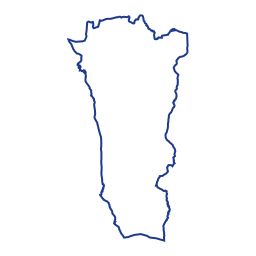 Mpanda, Katavi, United Republic of Tanzania
{"feature_id": "72390352B28587760392267", "entity_name": "Mpanda", "entity_type": "district", "adm_level": 2, "iso_a3": "TZA", "parent_name": "United Republic of Tanzania", "parent_adm1": "Katavi", "projection": "equal_earth", "projection_center": [30.595, -6.035], "detail": "fine", "context": "isolated", "style": "outline", "palette": "blue", "viewbox_px": 256, "rotation_deg": 0, "n_neighbors": 0, "source": "geoboundaries", "source_scale": "gbopen_adm2", "svg_char_len": 5666}
<svg xmlns="http://www.w3.org/2000/svg" viewBox="0 0 256 256"><path d="M166.7,191.4L165.5,190.6L164.4,191.0L163.4,190.8L162.0,189.6L160.3,188.9L157.5,187.3L156.9,185.5L156.0,185.6L156.7,183.8L157.0,182.1L158.0,180.0L158.3,178.6L159.6,177.1L159.8,176.1L162.5,175.9L162.9,175.7L163.6,175.0L166.2,173.5L167.9,171.6L167.1,167.5L168.5,165.1L171.2,165.2L172.5,166.2L173.8,163.7L174.6,163.3L173.7,161.7L173.7,161.2L174.0,160.7L173.9,160.3L173.9,160.0L173.7,159.8L173.7,158.8L173.3,157.5L173.6,157.1L174.1,156.9L175.0,156.1L174.4,154.1L175.3,151.2L174.6,148.5L173.7,147.4L173.0,146.1L172.8,145.2L172.3,144.6L169.6,142.3L168.5,141.0L167.9,140.8L166.6,139.5L165.7,137.6L165.5,135.4L165.7,134.0L166.4,132.9L166.8,132.0L167.8,128.0L167.9,127.0L168.0,123.2L168.4,121.7L168.3,121.2L168.5,119.0L168.9,116.9L168.8,116.1L169.1,114.8L170.2,113.1L170.9,112.7L172.1,110.4L172.7,108.5L173.5,107.4L174.0,107.2L174.2,106.8L174.5,105.8L174.4,104.9L173.2,102.8L173.9,101.7L173.7,101.3L174.2,100.5L174.6,100.5L174.6,100.2L175.0,99.9L175.4,99.1L175.7,99.1L176.1,98.2L176.5,96.6L176.5,94.6L176.1,93.3L175.3,91.8L175.3,91.1L175.5,90.3L176.6,89.3L176.9,88.7L176.6,88.1L176.7,87.2L177.1,85.6L177.7,84.9L177.8,84.2L177.6,83.1L177.9,82.5L177.7,81.3L177.9,79.6L177.4,78.7L177.7,76.9L178.3,75.2L178.2,74.6L176.1,72.7L174.8,71.1L174.5,70.5L174.3,69.3L173.9,68.6L173.7,67.8L173.8,67.4L175.0,65.5L176.4,64.3L176.8,63.5L176.7,62.3L176.4,60.8L176.8,60.0L177.5,59.4L177.8,58.6L179.8,56.9L182.3,56.5L183.9,55.9L185.1,54.8L185.8,54.6L187.3,52.7L187.5,50.9L187.1,48.1L187.6,45.9L187.1,33.6L185.3,33.0L182.8,32.8L182.2,32.3L179.2,31.6L176.4,30.2L174.4,30.3L174.3,29.7L174.6,29.2L174.3,29.0L172.6,29.2L171.9,29.6L172.9,30.3L173.6,30.2L173.6,30.6L172.9,30.7L172.5,30.5L171.5,31.1L170.3,31.1L169.3,32.9L168.3,33.8L167.9,34.8L162.1,35.7L161.9,36.1L161.8,37.8L159.9,37.6L159.2,37.7L158.6,37.4L157.8,38.1L157.8,38.5L157.6,38.8L157.1,38.5L156.5,39.1L155.7,39.3L154.8,39.0L154.6,38.4L154.1,35.3L154.1,34.4L154.7,32.5L154.0,31.9L153.9,31.4L153.0,31.4L152.9,30.9L152.5,30.9L152.5,31.3L152.3,31.3L152.0,30.5L151.6,30.4L150.9,30.4L150.7,30.0L149.6,29.1L148.6,28.8L148.1,27.9L148.2,27.3L148.1,27.1L147.4,25.9L146.8,25.9L146.3,25.5L146.5,24.5L146.3,23.9L145.1,23.3L144.6,22.2L144.5,21.3L143.7,20.8L143.6,19.6L143.0,16.6L142.6,15.8L141.9,15.4L140.3,15.4L139.6,15.9L139.1,17.0L138.5,17.5L138.3,19.3L138.0,19.6L136.2,19.3L135.8,19.9L134.9,20.5L134.5,21.8L134.3,23.1L134.0,23.4L133.7,23.5L132.7,23.2L130.7,22.1L129.3,21.6L129.0,21.3L128.8,20.5L128.8,19.7L129.5,17.7L129.3,16.8L128.8,16.3L127.0,17.2L123.8,16.8L122.5,17.0L121.7,17.5L121.2,17.5L120.4,16.8L118.7,16.8L117.1,17.4L115.8,17.3L114.8,17.8L110.1,18.9L108.1,18.8L106.0,19.0L103.4,20.2L100.8,20.9L99.9,20.3L99.5,21.4L99.3,23.2L98.7,24.5L98.4,26.4L98.1,26.8L96.0,27.4L94.0,28.3L93.4,27.9L92.9,26.8L93.3,25.1L93.1,22.1L92.7,21.9L91.1,22.6L88.7,21.6L88.3,21.6L87.2,22.4L86.6,30.3L86.0,34.4L86.4,35.5L86.5,36.2L86.3,37.0L84.8,40.5L82.8,41.3L76.0,41.8L73.0,41.1L69.8,39.8L68.4,39.5L69.5,42.0L71.3,44.1L73.2,48.9L74.7,51.3L76.8,53.4L78.6,53.8L80.7,55.0L81.5,55.8L81.2,58.8L81.5,59.5L81.1,60.8L80.9,61.3L80.0,61.9L79.6,62.5L78.7,62.9L77.8,63.8L77.6,65.0L77.9,65.1L78.3,64.8L78.8,65.5L79.2,65.3L79.5,65.4L79.6,65.7L79.3,66.1L79.3,66.5L78.6,67.0L78.6,67.7L78.8,67.9L79.4,67.7L80.1,66.4L80.3,66.2L80.5,66.5L80.6,66.9L79.8,69.0L79.8,70.4L80.6,70.1L81.3,70.3L81.6,71.0L81.9,70.9L82.7,71.0L83.2,71.5L83.6,70.4L84.5,70.5L84.4,71.2L84.6,71.4L84.3,71.4L84.3,71.5L85.0,71.1L85.2,71.4L84.5,72.4L84.6,72.7L85.0,72.5L85.6,73.1L85.4,74.0L85.9,75.7L85.7,76.5L85.9,77.2L85.7,77.4L85.4,79.0L85.6,81.6L89.2,86.6L89.7,87.5L89.6,88.5L91.0,90.2L91.2,90.7L91.1,91.9L91.6,93.8L91.0,95.6L92.2,96.3L92.4,96.8L93.1,97.9L93.2,98.4L93.8,98.6L94.1,99.2L94.0,100.6L94.2,100.8L94.3,101.4L94.7,101.8L94.7,102.9L94.2,103.9L94.2,105.1L94.4,106.2L94.4,107.4L94.8,108.9L95.1,112.1L95.1,114.8L94.7,115.9L94.5,117.3L94.8,118.6L97.3,122.9L97.4,124.2L97.6,124.6L98.7,129.2L100.1,134.5L100.8,136.4L101.2,139.5L101.3,145.0L101.0,149.3L101.4,152.4L101.4,158.9L101.2,162.0L101.7,167.4L101.4,173.1L101.5,175.0L102.2,179.6L102.2,181.7L102.7,184.1L103.4,184.2L103.6,184.4L103.6,185.2L103.8,185.3L104.0,185.8L103.3,187.4L103.5,187.6L103.4,188.1L103.0,188.3L103.2,188.9L102.3,190.0L102.5,190.2L102.3,190.5L102.6,191.0L102.3,191.3L102.3,191.7L101.6,191.8L101.3,192.3L101.5,193.5L101.4,194.3L100.9,194.9L100.2,194.9L100.5,195.7L101.2,196.4L102.6,198.5L103.4,199.0L103.6,199.7L106.2,201.1L107.3,201.5L107.5,201.9L108.8,203.1L108.8,203.9L109.5,205.0L109.5,206.3L109.9,207.0L109.8,207.6L110.4,208.2L110.6,208.6L110.5,208.9L111.7,210.3L112.2,211.7L112.4,213.5L114.8,216.4L115.2,217.4L115.2,219.4L114.3,222.6L114.8,222.5L114.6,222.8L114.7,223.3L114.4,223.2L114.4,223.8L116.2,225.3L118.6,226.8L119.0,228.3L119.2,228.5L119.4,229.9L120.3,231.1L120.4,231.9L121.6,234.1L122.6,235.1L124.1,237.6L128.5,237.0L130.3,236.2L134.5,234.9L140.8,234.1L147.0,235.8L149.5,237.4L150.4,237.6L156.3,238.3L164.2,240.6L164.0,237.2L164.0,236.7L164.4,235.6L164.1,234.6L164.2,232.5L163.8,231.4L163.8,230.3L163.6,229.7L163.6,227.4L163.3,226.0L164.4,223.5L165.7,221.2L166.1,220.9L166.1,220.5L166.6,219.9L166.8,219.9L166.8,219.3L168.0,217.9L168.1,217.6L167.5,216.9L167.4,216.3L167.5,215.7L168.5,214.1L168.0,213.5L168.3,211.9L168.5,211.6L169.0,211.9L169.4,211.3L169.4,210.5L169.8,209.7L169.8,209.3L169.1,207.8L169.2,207.0L168.7,206.8L168.7,206.3L168.5,206.1L168.6,205.5L168.2,205.1L168.1,204.4L167.9,204.3L167.7,204.7L167.4,203.6L167.9,202.9L167.9,202.4L167.6,201.5L167.1,201.4L167.0,200.8L166.8,200.6L166.5,199.9L167.1,198.4L166.6,197.7L166.5,196.5L166.5,195.0L167.1,194.0L166.7,193.1L166.5,192.1L166.7,191.4Z" fill="none" stroke="#1e3a8a" stroke-width="2"/></svg>